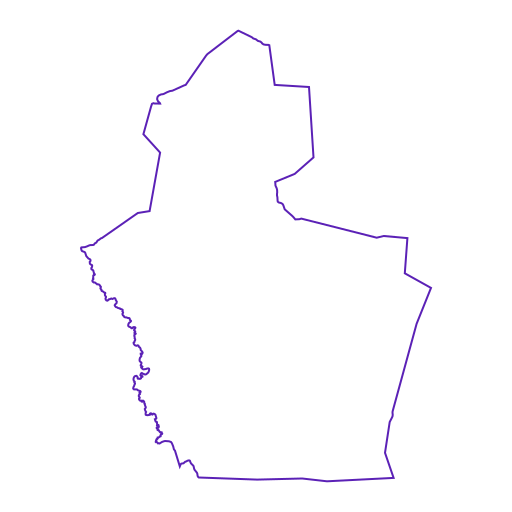 the district of Funhalouro, Inhambane, Mozambique
{"feature_id": "85939544B45831091528789", "entity_name": "Funhalouro", "entity_type": "district", "adm_level": 2, "iso_a3": "MOZ", "parent_name": "Mozambique", "parent_adm1": "Inhambane", "projection": "orthographic", "projection_center": [33.954, -22.935], "detail": "fine", "context": "isolated", "style": "outline", "palette": "violet", "viewbox_px": 512, "rotation_deg": 0, "n_neighbors": 0, "source": "geoboundaries", "source_scale": "gbopen_adm2", "svg_char_len": 6037}
<svg xmlns="http://www.w3.org/2000/svg" viewBox="0 0 512 512"><path d="M159.6,443.5L161.9,442.0L163.8,441.3L165.0,441.0L169.0,441.3L171.0,442.0L171.7,442.9L172.3,444.2L173.2,446.4L173.9,449.3L175.0,450.7L179.8,466.4L180.5,464.7L180.9,464.0L181.4,463.6L183.5,463.3L185.1,461.8L186.3,461.4L187.5,460.7L188.8,460.4L189.6,460.5L190.0,460.9L190.3,462.0L191.0,463.4L193.4,465.8L193.7,466.7L194.1,468.6L194.5,469.7L196.9,472.7L197.3,473.7L197.6,475.9L198.2,477.0L198.8,477.5L257.2,479.6L302.2,478.5L327.0,481.3L393.6,477.9L385.0,452.8L389.7,422.0L392.2,417.1L392.6,416.0L392.7,414.3L392.5,412.9L392.6,411.4L416.6,323.8L431.0,287.9L404.8,273.3L407.4,238.1L383.7,236.0L376.7,237.7L301.3,218.6L299.4,219.2L295.3,219.4L293.4,217.1L292.2,215.9L284.7,209.3L283.3,205.2L282.5,203.9L280.9,203.0L278.8,202.5L277.8,201.7L277.6,200.9L277.4,197.3L277.0,195.4L277.0,193.9L277.2,192.4L277.1,190.0L276.7,188.3L275.5,185.7L275.2,181.9L294.7,173.9L313.5,157.4L309.0,87.0L274.7,84.9L269.3,45.2L268.5,44.9L265.4,44.8L263.5,44.4L262.1,43.4L261.8,42.8L260.4,41.6L257.9,40.9L255.9,39.3L253.7,38.6L253.0,38.3L252.5,37.7L251.4,37.0L238.4,30.7L237.6,31.0L207.4,54.1L206.1,55.6L185.7,84.9L184.1,85.4L172.4,90.7L169.9,91.1L166.9,92.3L164.0,93.8L162.8,94.2L161.1,94.4L158.9,95.4L157.8,96.5L157.5,97.1L157.2,98.4L157.2,99.5L158.1,101.4L159.9,103.1L160.1,103.6L154.5,103.5L153.4,103.2L152.0,103.8L151.0,106.8L143.4,134.2L160.1,152.6L149.6,211.1L137.8,213.0L102.0,238.0L101.0,238.3L98.9,239.9L98.0,240.3L97.5,240.7L96.3,242.6L94.8,243.4L93.9,244.7L93.1,245.0L90.3,245.1L89.2,245.4L87.0,246.4L85.0,247.1L81.4,247.4L81.0,248.1L81.4,249.9L81.8,250.7L82.1,251.1L84.5,252.0L85.1,252.5L86.3,256.1L88.4,258.5L89.9,259.2L90.5,260.0L90.5,260.9L89.7,261.9L89.9,263.7L90.7,264.5L91.9,265.0L92.2,265.7L92.0,267.0L91.3,268.1L91.4,269.1L91.7,269.5L92.6,269.8L93.4,270.8L93.5,271.7L93.9,272.6L93.9,273.3L94.1,273.8L94.7,274.1L94.8,274.6L94.4,275.0L93.6,275.1L93.2,275.8L93.3,277.1L93.0,278.4L93.4,278.8L93.4,279.1L92.4,280.4L92.4,281.0L92.7,281.7L93.8,282.5L94.4,282.4L95.3,282.7L95.8,283.3L96.6,283.7L97.1,284.3L98.0,284.3L99.1,284.6L100.0,285.5L100.2,286.2L100.8,286.6L100.9,287.0L100.4,288.2L100.6,288.8L101.4,289.6L101.5,289.9L101.4,290.3L101.7,290.9L103.2,291.6L104.2,292.5L105.2,292.8L105.3,293.1L105.3,293.3L104.9,293.9L104.9,295.0L105.1,295.6L106.0,296.7L106.0,297.2L105.5,298.4L105.6,299.1L105.7,299.6L106.4,300.4L107.3,300.7L107.6,300.6L108.1,300.0L108.5,299.9L108.9,299.3L110.3,299.0L111.2,298.5L112.3,299.0L114.1,298.2L114.8,298.2L115.2,298.5L115.6,299.3L115.8,300.1L116.8,301.7L116.5,303.2L115.2,304.4L114.7,305.2L115.2,306.3L116.0,307.1L117.0,307.3L117.6,307.8L118.4,308.1L119.9,308.4L120.3,309.0L121.6,309.2L122.6,309.8L122.7,310.4L122.4,311.4L123.0,312.1L123.1,312.7L122.4,314.0L122.9,315.4L123.7,315.9L124.3,317.0L124.7,317.2L125.5,317.4L126.4,317.4L127.9,318.0L128.9,318.0L129.4,318.2L129.7,318.6L129.9,319.9L130.9,320.7L131.0,321.1L130.8,321.4L130.3,322.0L129.2,322.7L128.5,323.8L128.2,325.0L128.2,325.7L128.4,326.1L129.2,326.8L130.5,327.2L131.4,328.2L131.9,328.3L132.5,328.0L133.3,327.1L134.7,327.1L135.2,327.4L135.4,327.7L135.1,328.6L134.5,329.0L134.1,329.9L134.1,330.3L135.2,331.3L135.2,331.7L134.5,332.4L134.5,333.2L134.8,333.4L135.4,333.3L135.7,333.5L135.6,333.9L135.3,334.3L134.5,334.8L134.3,335.1L134.4,336.4L134.7,337.0L134.6,338.3L135.1,339.0L135.2,339.6L135.2,340.0L134.6,341.0L134.5,341.9L133.6,342.6L133.6,343.1L133.8,343.9L134.8,345.2L136.3,345.8L137.8,345.3L138.5,345.7L138.8,346.7L140.1,347.7L140.6,348.9L140.7,350.0L142.1,351.5L142.6,352.4L142.6,352.9L142.1,353.9L141.5,353.9L141.1,353.5L140.7,353.6L140.8,354.7L141.3,355.5L141.4,356.0L141.2,356.4L140.0,357.8L139.6,359.3L139.6,360.8L140.0,361.5L141.3,362.5L141.5,363.0L141.3,363.9L140.7,365.1L140.7,365.6L141.0,365.9L141.8,366.1L142.4,366.6L142.2,367.0L141.4,367.2L141.2,367.4L141.4,367.8L142.6,369.0L143.2,369.3L144.0,369.3L146.0,369.0L147.2,368.5L148.4,368.4L149.0,368.7L149.2,369.8L148.9,371.1L148.2,372.6L146.8,373.7L146.5,374.1L145.8,374.4L145.2,374.5L144.4,374.3L143.5,373.8L142.8,373.9L142.5,373.7L142.2,373.2L141.8,373.0L141.2,373.3L140.7,374.1L140.4,375.2L140.9,375.7L142.1,376.0L142.5,376.3L142.4,376.8L141.2,377.0L141.0,378.3L140.5,378.7L139.7,378.9L138.9,378.6L138.2,378.8L137.9,378.7L137.6,378.2L137.6,377.2L136.6,375.9L136.0,375.9L134.7,376.3L134.2,376.9L133.6,378.2L133.5,379.5L133.8,380.8L134.7,381.6L134.7,382.1L134.4,382.5L135.0,383.4L135.0,383.8L134.6,384.4L134.0,386.2L133.4,387.2L133.2,388.5L133.6,389.1L134.0,389.4L136.5,389.4L137.0,389.5L137.9,390.3L140.3,391.1L140.6,391.5L140.4,392.4L139.6,392.5L139.4,392.9L139.8,393.7L139.9,394.2L139.0,394.9L138.8,395.5L138.8,396.2L139.7,397.5L139.7,397.8L139.3,397.9L139.0,398.6L139.1,399.5L139.8,400.4L140.3,400.7L141.1,400.6L141.5,400.7L141.7,401.6L142.3,401.7L143.1,400.7L143.7,401.1L144.2,401.8L144.3,403.2L144.8,403.7L144.7,404.5L145.1,405.1L145.1,405.7L145.8,407.1L145.7,407.8L144.8,408.9L144.9,409.6L145.4,410.9L146.1,412.0L145.7,412.7L145.6,414.0L145.7,414.7L146.1,415.0L147.6,415.2L149.9,414.8L150.2,414.6L149.9,413.8L150.3,413.4L150.9,413.3L151.6,413.7L151.9,414.3L152.3,414.6L152.6,414.5L152.8,414.1L153.3,413.7L153.8,413.7L154.6,414.0L155.4,414.7L156.4,418.1L156.2,418.6L155.1,419.1L155.3,419.4L155.0,419.8L155.3,420.3L155.3,420.7L155.7,421.6L156.7,421.9L157.0,422.2L156.9,423.1L157.2,424.1L157.0,425.2L157.5,425.4L158.0,424.9L158.4,425.0L158.5,425.3L158.3,425.6L158.8,426.3L158.8,426.7L158.4,426.8L158.4,427.5L157.7,427.7L157.6,427.9L157.5,427.5L156.8,427.4L156.6,427.9L156.9,428.5L157.5,428.5L157.6,428.8L157.5,429.0L158.0,429.5L157.8,429.6L157.7,430.1L158.9,430.6L159.6,431.7L160.2,432.0L160.2,432.3L160.8,432.5L161.6,432.3L161.8,432.9L162.1,433.3L161.9,433.5L162.0,434.0L161.4,434.4L161.0,434.3L160.8,434.6L160.5,435.4L160.7,436.1L160.5,436.4L159.6,436.6L159.1,437.2L158.6,437.4L158.3,437.7L157.7,437.6L157.6,438.4L157.3,438.5L157.3,438.8L156.8,439.0L156.9,439.5L156.7,439.8L156.1,440.1L155.7,441.9L155.9,442.1L156.3,441.9L156.7,441.9L158.0,443.4L158.5,443.2L159.6,443.5Z" fill="none" stroke="#5b21b6" stroke-width="2"/></svg>